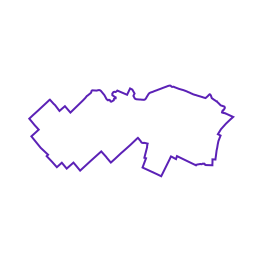 Lisa, Teleorman, Romania, rotated 297°
{"feature_id": "2599482B42083159731508", "entity_name": "Lisa", "entity_type": "district", "adm_level": 2, "iso_a3": "ROU", "parent_name": "Romania", "parent_adm1": "Teleorman", "projection": "equal_earth", "projection_center": [25.161, 43.763], "detail": "fine", "context": "isolated", "style": "outline", "palette": "violet", "viewbox_px": 256, "rotation_deg": 297, "n_neighbors": 0, "source": "geoboundaries", "source_scale": "gbopen_adm2", "svg_char_len": 5135}
<svg xmlns="http://www.w3.org/2000/svg" viewBox="0 0 256 256"><g transform="rotate(297 128 128)"><path d="M161.7,118.2L164.2,114.4L164.2,111.9L157.2,112.1L156.5,101.5L156.0,101.4L154.9,100.9L154.3,100.4L154.1,99.4L153.4,98.7L151.5,98.4L150.1,99.2L149.7,102.2L149.7,103.1L148.8,103.5L148.1,102.6L147.6,102.3L146.2,102.7L143.9,101.2L143.7,100.5L144.7,98.9L144.4,98.1L143.6,97.6L143.9,95.9L146.6,92.0L148.8,86.9L148.9,85.6L148.3,84.4L147.1,83.1L145.4,79.2L145.1,78.9L144.6,78.7L142.9,79.0L142.2,78.9L138.4,77.2L137.8,76.8L136.8,76.6L135.7,76.4L135.3,76.3L132.3,75.4L120.3,71.3L115.6,69.7L118.8,61.9L114.9,60.3L112.1,59.2L115.2,52.8L115.5,51.9L115.7,51.0L117.8,45.5L117.7,45.4L113.5,43.9L104.5,40.6L103.6,40.3L96.3,37.5L91.5,35.8L89.7,40.0L88.2,43.4L86.0,49.2L76.7,45.7L70.7,59.2L67.9,68.9L66.0,68.3L63.4,75.7L60.8,82.4L63.1,83.3L67.0,84.8L64.0,91.8L65.5,92.4L72.4,95.1L71.2,98.0L68.3,104.7L81.5,109.6L95.0,114.8L92.3,121.8L91.9,122.5L89.4,128.4L89.6,128.5L95.1,130.6L95.7,130.8L96.5,131.1L102.6,133.3L105.0,134.3L107.8,135.4L114.0,137.8L122.5,140.8L123.7,141.3L123.3,142.4L122.9,143.3L122.7,143.6L122.3,144.8L122.0,145.3L121.8,145.5L121.6,145.9L121.2,146.7L121.2,147.0L121.3,147.4L121.4,148.0L121.5,148.3L121.6,148.5L121.8,148.6L121.9,148.8L122.0,149.1L122.2,149.3L122.3,149.7L122.4,150.2L122.5,150.4L122.6,150.7L122.7,151.5L122.9,152.2L123.0,152.6L122.4,152.7L121.9,152.8L121.7,152.9L121.4,153.0L121.2,153.1L120.9,153.1L120.6,153.2L120.2,153.4L119.7,153.6L119.4,153.8L119.2,153.8L108.9,156.1L109.2,157.8L99.4,158.9L99.4,159.3L100.0,174.8L100.1,179.5L119.2,179.3L121.7,179.2L122.2,179.2L122.2,181.1L122.1,183.1L122.1,184.5L122.1,184.9L124.5,184.5L125.2,184.4L125.3,190.6L125.6,205.0L125.6,205.4L125.9,205.4L125.9,205.5L126.0,205.7L126.2,205.8L126.4,205.9L126.5,205.9L126.6,206.0L126.8,206.2L126.9,206.3L127.2,206.7L127.5,207.1L128.0,207.8L128.4,208.3L128.8,208.8L128.9,209.0L128.9,209.6L129.1,209.9L129.3,210.2L129.5,210.3L129.8,210.5L130.0,210.6L130.2,210.9L130.3,211.0L130.4,211.3L130.5,211.5L130.8,212.0L130.9,212.3L130.8,212.5L130.7,212.5L130.4,212.5L130.3,213.0L130.3,213.3L130.3,213.5L130.3,213.8L130.3,214.1L133.1,220.1L133.9,219.7L136.1,218.7L138.4,217.5L139.0,218.8L139.6,220.2L141.0,219.7L143.3,218.9L148.3,217.1L150.7,216.5L153.8,215.5L157.4,214.5L163.3,213.9L163.3,210.9L169.2,211.4L176.3,213.3L182.3,215.4L185.6,216.7L185.3,209.1L185.2,208.6L185.3,208.5L185.3,208.4L185.3,208.2L185.2,208.1L185.2,207.8L185.1,207.7L185.1,207.3L185.1,207.1L185.0,206.9L185.0,206.6L184.9,206.1L184.7,206.1L184.6,205.6L184.6,205.4L184.5,204.9L184.5,204.7L184.8,204.6L185.2,204.6L185.4,204.5L185.7,204.5L186.1,204.4L186.4,204.4L186.6,204.4L186.7,204.5L186.8,204.6L186.9,204.8L187.0,204.8L187.3,204.8L187.6,204.9L187.7,205.0L187.8,205.1L188.0,205.1L188.5,205.1L189.0,205.2L189.4,205.2L189.6,205.2L189.8,205.1L190.1,205.0L190.3,204.9L190.5,204.6L190.6,204.4L190.8,204.2L190.8,203.9L190.8,203.6L190.8,203.4L190.7,203.1L190.6,202.6L190.6,202.3L190.5,202.0L190.5,201.6L190.4,201.3L190.3,200.9L190.3,200.5L190.3,200.1L190.4,199.9L190.5,199.6L190.6,199.3L190.6,199.2L190.7,198.9L190.9,198.5L191.0,198.0L191.1,197.8L191.2,197.6L191.3,197.1L191.5,196.5L191.6,196.0L191.7,195.8L191.8,195.6L191.9,195.2L192.0,195.1L191.9,195.0L191.9,194.6L192.0,193.9L192.1,193.2L192.2,192.2L192.3,191.3L192.4,190.8L192.5,190.1L192.6,189.6L192.6,189.4L192.6,189.2L192.8,188.9L193.4,188.3L193.9,187.8L194.4,187.3L194.5,187.1L194.7,186.9L194.8,186.6L195.0,186.3L195.0,186.1L195.1,185.9L195.2,185.7L195.1,185.4L194.9,185.3L194.5,185.2L194.2,185.1L193.8,184.9L192.9,184.7L192.1,184.4L191.6,184.2L190.9,183.9L190.6,183.8L189.9,183.5L189.8,183.3L189.8,183.1L189.7,182.7L189.4,181.2L189.3,180.1L189.1,179.3L189.0,178.4L188.7,177.0L188.6,176.3L188.4,175.3L188.3,174.7L188.2,173.9L188.1,173.3L187.9,172.8L187.9,172.6L187.8,171.9L187.6,170.9L187.6,170.1L187.6,169.4L187.5,169.1L187.5,168.4L187.5,167.2L187.4,165.8L187.3,164.9L187.3,164.3L187.3,163.7L187.2,163.0L187.2,162.4L187.1,162.1L187.0,161.0L186.9,160.2L186.7,159.1L186.6,158.7L186.5,158.4L186.4,157.6L186.3,157.2L186.2,156.7L186.0,155.6L185.9,154.6L185.7,152.9L185.6,151.8L185.5,151.2L185.5,149.9L185.3,149.6L184.9,149.1L184.7,148.7L184.6,148.4L184.6,148.1L184.7,147.8L184.8,147.5L184.9,147.2L185.0,146.8L185.0,146.5L184.8,146.1L184.6,145.7L184.4,145.5L184.2,145.2L183.8,144.8L183.1,144.1L182.5,143.6L182.1,143.3L181.9,143.0L181.2,142.4L179.7,141.0L178.1,139.6L175.5,137.2L174.9,136.7L172.9,134.8L171.8,133.9L170.8,133.0L170.7,132.8L170.5,132.7L170.4,132.6L170.2,132.3L169.9,132.1L169.7,131.9L169.4,131.7L169.0,131.3L168.7,131.2L168.4,131.1L168.0,131.0L167.6,130.9L167.3,130.9L167.1,130.8L166.6,130.8L166.2,130.8L165.3,130.7L164.1,130.6L163.1,130.6L162.3,130.5L161.9,130.4L161.6,130.4L161.4,130.3L161.1,130.1L160.9,130.0L160.7,129.8L160.5,129.6L160.4,129.4L160.2,129.1L160.1,128.9L160.0,128.5L159.7,127.9L159.3,127.0L159.1,126.3L158.8,125.8L157.9,123.6L157.7,123.1L157.4,122.4L157.4,122.2L157.3,121.8L157.3,121.5L157.3,121.1L157.4,120.9L157.4,120.7L157.5,120.5L157.7,120.2L157.8,120.0L158.0,119.8L158.2,119.5L158.5,119.1L158.7,118.8L159.0,118.3L159.2,118.2L161.7,118.2Z" fill="none" stroke="#5b21b6" stroke-width="2"/></g></svg>